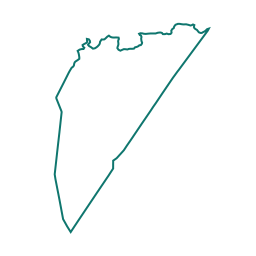 Souto Soares, Bahia, Brazil, rotated 94°
{"feature_id": "56859067B69243196353735", "entity_name": "Souto Soares", "entity_type": "district", "adm_level": 2, "iso_a3": "BRA", "parent_name": "Brazil", "parent_adm1": "Bahia", "projection": "natural_earth1", "projection_center": [-41.909, -11.985], "detail": "fine", "context": "isolated", "style": "outline", "palette": "teal", "viewbox_px": 256, "rotation_deg": 94, "n_neighbors": 0, "source": "geoboundaries", "source_scale": "gbopen_adm2", "svg_char_len": 2127}
<svg xmlns="http://www.w3.org/2000/svg" viewBox="0 0 256 256"><g transform="rotate(94 128 128)"><path d="M42.0,175.2L43.4,175.0L44.7,174.7L45.7,175.1L46.4,176.1L47.3,177.6L48.4,179.1L49.7,178.7L51.0,177.2L52.3,177.9L52.5,179.8L53.2,181.8L54.6,183.6L56.3,182.7L58.2,182.1L60.8,181.5L62.4,181.4L63.8,183.0L65.4,185.1L66.3,185.8L67.8,186.2L69.3,186.3L70.5,186.9L71.8,188.4L73.5,189.3L75.3,190.2L76.8,190.9L78.0,191.4L87.8,195.5L102.4,201.7L103.6,201.5L115.6,195.7L116.7,195.3L137.1,196.1L152.8,196.8L174.9,197.7L179.3,197.9L184.1,196.8L204.2,191.4L223.4,186.4L230.3,181.9L235.8,177.9L230.3,174.8L223.8,171.1L195.0,154.6L179.1,145.4L176.9,144.1L173.6,142.3L169.5,140.0L166.5,140.2L165.2,140.3L163.1,140.4L161.6,140.5L159.0,137.3L157.9,136.4L150.5,130.6L145.7,127.9L139.8,124.4L123.5,115.0L111.2,107.8L108.8,106.4L105.2,104.4L101.4,102.1L90.6,95.9L74.8,86.7L68.1,82.5L66.5,81.4L64.6,80.2L25.3,55.2L23.2,54.3L23.9,56.0L25.3,57.2L26.3,58.3L27.1,59.7L28.0,61.0L28.1,62.4L27.6,64.0L26.4,65.1L25.3,66.1L24.6,67.6L23.8,68.7L22.7,69.3L20.7,69.0L20.2,70.4L20.9,71.4L21.4,72.8L20.9,74.8L20.5,77.3L20.7,79.0L20.8,80.3L20.7,82.0L20.5,83.6L20.6,85.4L21.7,87.8L23.5,89.0L25.3,89.4L26.2,90.7L27.9,91.6L29.9,91.2L31.2,92.1L31.6,94.0L31.1,96.0L31.8,97.7L31.9,99.8L30.9,100.6L30.5,101.9L30.6,103.3L30.9,104.9L31.8,107.1L31.9,108.8L32.0,110.2L32.1,111.9L32.3,113.3L32.5,114.6L32.9,116.8L32.9,118.7L32.6,120.3L32.6,122.2L33.2,123.5L34.4,122.7L34.9,121.5L36.2,120.9L37.8,121.1L39.1,120.9L40.7,120.5L41.7,119.9L42.9,120.0L44.4,121.0L44.7,122.5L45.6,123.3L46.5,124.9L47.0,126.6L48.4,127.6L48.7,129.3L48.8,131.3L49.1,132.8L49.7,134.0L49.6,135.8L49.6,137.6L50.4,139.2L51.4,141.0L50.6,142.9L49.0,144.2L47.7,144.0L46.4,143.6L45.1,143.4L43.7,143.6L42.3,143.9L41.1,143.8L39.8,143.3L38.5,143.7L38.5,146.0L38.7,147.9L38.8,149.1L38.7,150.5L38.3,151.9L37.2,153.5L38.3,155.0L40.0,156.5L41.2,157.7L41.5,159.2L41.5,160.5L42.9,161.3L44.0,161.9L45.4,162.0L46.7,162.4L47.7,163.2L48.8,164.1L49.8,165.2L50.8,166.6L51.3,168.5L49.9,170.6L49.0,172.5L47.8,173.7L46.4,172.8L45.1,171.8L43.7,172.1L42.3,173.2L42.0,175.2Z" fill="none" stroke="#0f766e" stroke-width="2"/></g></svg>